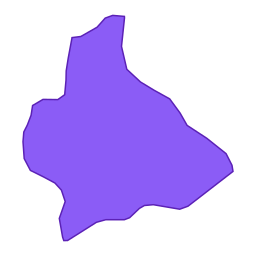 an SVG outline of Manufahi
{"feature_id": "TLS-551", "entity_name": "Manufahi", "entity_type": "District", "adm_level": 1, "iso_a3": "TLS", "parent_name": "East Timor", "parent_adm1": "", "projection": "robinson", "projection_center": [125.762, -8.972], "detail": "fine", "context": "isolated", "style": "filled", "palette": "violet", "viewbox_px": 256, "rotation_deg": 0, "n_neighbors": 0, "source": "natural_earth", "source_scale": "10m", "svg_char_len": 698}
<svg xmlns="http://www.w3.org/2000/svg" viewBox="0 0 256 256"><path d="M233.0,171.4L188.0,206.2L179.7,209.2L153.3,204.7L144.4,205.5L139.4,208.4L129.6,217.7L124.4,219.7L105.8,219.7L96.4,222.3L67.6,240.5L63.8,240.6L62.6,237.1L59.3,218.4L62.5,209.3L65.2,201.5L61.4,190.1L54.9,183.0L43.7,177.0L30.4,170.4L24.2,158.6L23.0,141.7L23.8,132.0L27.4,124.9L31.1,115.2L32.6,105.5L43.0,99.4L57.8,99.6L64.7,94.7L66.0,80.2L66.2,70.9L68.2,58.3L71.9,38.4L72.0,37.6L80.8,36.5L97.1,27.2L105.2,18.1L112.7,15.4L124.4,16.4L124.5,17.9L121.5,46.4L126.8,69.3L140.5,82.0L154.2,90.3L169.7,98.9L180.1,113.1L187.1,125.4L206.8,138.3L226.1,153.7L232.0,165.3L233.0,171.4Z" fill="#8b5cf6" stroke="#5b21b6" stroke-width="1.5"/></svg>